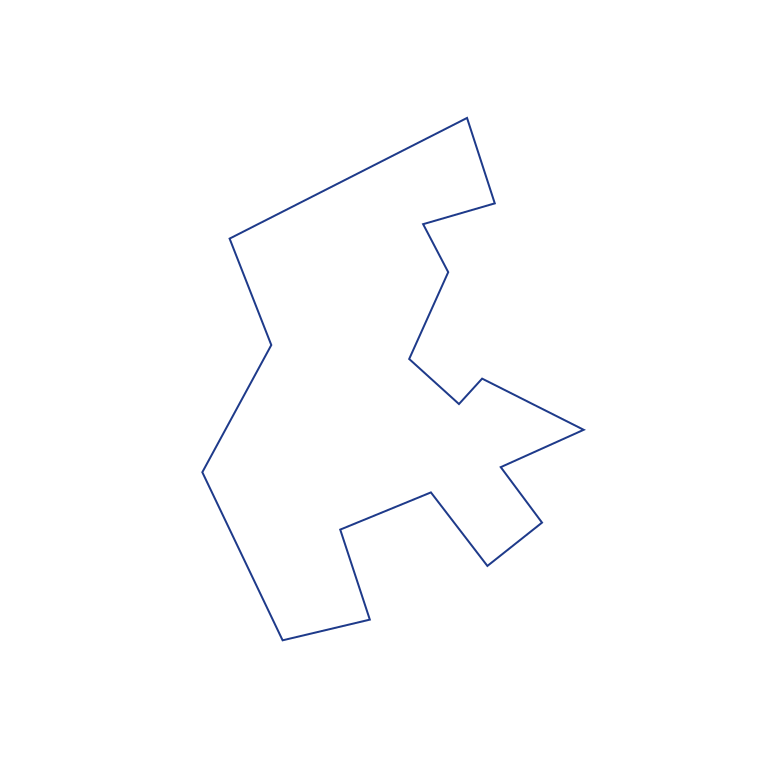 Nukus city, Karakalpakstan, Uzbekistan, rotated 208°
{"feature_id": "79887680B72468614432552", "entity_name": "Nukus city", "entity_type": "district", "adm_level": 2, "iso_a3": "UZB", "parent_name": "Uzbekistan", "parent_adm1": "Karakalpakstan", "projection": "robinson", "projection_center": [59.568, 42.419], "detail": "fine", "context": "isolated", "style": "outline", "palette": "blue", "viewbox_px": 768, "rotation_deg": 208, "n_neighbors": 0, "source": "geoboundaries", "source_scale": "gbopen_adm2", "svg_char_len": 394}
<svg xmlns="http://www.w3.org/2000/svg" viewBox="0 0 768 768"><g transform="rotate(208 384 384)"><path d="M503.0,220.8L353.2,110.1L285.9,169.3L354.3,234.9L291.7,310.3L207.3,271.9L179.4,335.8L241.9,365.4L186.2,437.3L299.9,434.8L308.4,401.5L373.5,417.9L379.8,512.9L424.5,543.5L371.0,595.5L435.6,657.9L588.6,439.9L501.8,365.5L503.0,220.8Z" fill="none" stroke="#1e3a8a" stroke-width="2"/></g></svg>